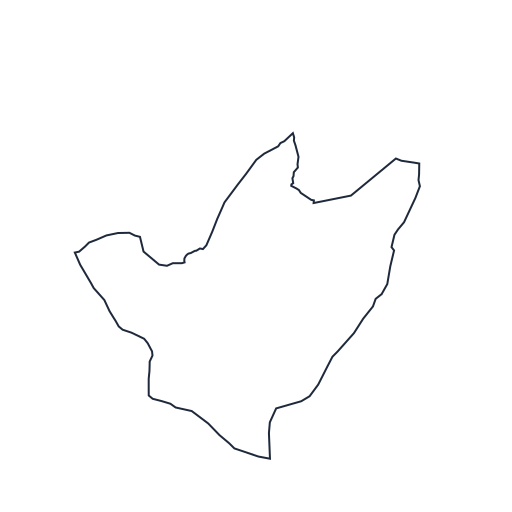 Kontagora, Niger, Nigeria (Equal Earth projection), rotated 40°
{"feature_id": "59680162B51611927546147", "entity_name": "Kontagora", "entity_type": "district", "adm_level": 2, "iso_a3": "NGA", "parent_name": "Nigeria", "parent_adm1": "Niger", "projection": "equal_earth", "projection_center": [5.445, 10.449], "detail": "fine", "context": "isolated", "style": "outline", "palette": "slate", "viewbox_px": 512, "rotation_deg": 40, "n_neighbors": 0, "source": "geoboundaries", "source_scale": "gbopen_adm2", "svg_char_len": 1646}
<svg xmlns="http://www.w3.org/2000/svg" viewBox="0 0 512 512"><g transform="rotate(40 256 256)"><path d="M115.0,369.8L126.9,375.7L147.2,382.9L152.3,384.9L168.1,387.2L179.3,392.4L186.5,394.8L190.0,395.9L196.1,398.2L201.2,398.2L209.8,394.8L223.5,391.3L229.1,392.4L237.7,395.9L240.7,398.8L242.4,405.2L244.6,407.9L248.4,412.7L252.7,419.0L260.0,427.7L263.5,431.8L268.6,431.8L277.2,427.7L285.4,424.2L290.6,423.8L291.8,423.7L306.4,416.1L327.0,415.0L343.3,416.7L355.8,416.7L363.1,417.3L386.7,408.1L397.0,402.3L379.7,383.3L373.5,374.5L369.4,359.8L384.0,338.2L387.2,329.0L386.3,314.5L381.7,294.7L379.3,284.0L379.9,276.7L380.6,252.3L380.6,252.1L378.4,235.1L378.0,219.4L375.2,211.9L376.7,204.7L376.8,204.6L376.6,203.7L374.6,193.1L368.2,182.2L365.4,177.4L358.2,163.0L354.1,162.1L348.4,150.7L347.7,144.3L347.7,135.0L340.8,109.1L336.7,97.2L331.7,93.4L328.5,88.7L321.6,80.2L317.2,82.8L306.1,89.6L300.5,91.4L289.9,148.7L266.1,178.4L264.6,176.2L262.2,177.5L249.7,178.9L246.5,177.9L243.5,178.3L237.9,179.6L237.1,178.4L237.7,176.3L233.9,173.0L233.4,170.7L231.1,167.5L231.2,161.3L228.8,159.0L224.8,152.7L215.2,145.9L210.9,143.3L209.0,140.6L205.3,138.2L203.9,149.9L202.1,153.8L202.5,157.7L196.5,172.3L194.4,182.1L195.6,199.4L196.1,212.7L197.4,235.2L199.9,243.6L202.5,252.6L206.8,265.3L211.1,279.7L210.9,284.8L208.2,286.3L206.9,290.3L205.9,291.3L204.1,295.7L202.7,297.6L202.3,299.1L202.2,300.9L202.7,303.8L204.0,305.6L205.4,306.8L203.8,309.2L196.9,315.0L194.1,320.7L187.3,324.9L167.0,324.9L154.8,315.9L150.1,318.2L144.1,319.6L135.5,327.1L128.2,336.4L123.3,346.2L119.4,353.1L119.0,358.3L117.7,366.4L115.0,369.8Z" fill="none" stroke="#1e293b" stroke-width="2"/></g></svg>